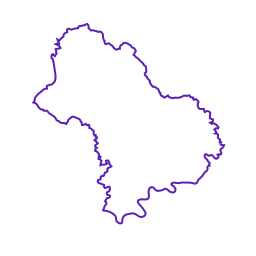 Capão Alto, Santa Catarina, Brazil, rotated 280°
{"feature_id": "56859067B63554103523917", "entity_name": "Capão Alto", "entity_type": "district", "adm_level": 2, "iso_a3": "BRA", "parent_name": "Brazil", "parent_adm1": "Santa Catarina", "projection": "natural_earth1", "projection_center": [-50.626, -28.064], "detail": "fine", "context": "isolated", "style": "outline", "palette": "violet", "viewbox_px": 256, "rotation_deg": 280, "n_neighbors": 0, "source": "geoboundaries", "source_scale": "gbopen_adm2", "svg_char_len": 5828}
<svg xmlns="http://www.w3.org/2000/svg" viewBox="0 0 256 256"><g transform="rotate(280 128 128)"><path d="M105.1,214.9L106.3,214.1L107.6,214.6L108.4,213.6L109.0,212.6L110.2,211.8L111.9,209.5L113.3,208.5L114.5,208.2L115.6,208.8L115.6,210.0L114.6,212.5L115.9,214.3L115.6,216.0L113.3,218.7L113.0,220.3L113.8,221.3L114.9,222.1L116.2,221.9L117.2,220.8L117.9,221.7L117.8,223.3L118.5,224.2L119.7,224.2L120.9,223.4L122.0,222.9L123.4,222.9L124.2,223.8L125.3,224.8L126.3,225.2L127.7,225.6L127.6,223.9L127.8,222.1L129.0,221.7L130.2,222.1L130.3,220.6L131.7,220.9L132.8,220.6L133.4,218.9L134.6,218.0L135.9,218.0L137.0,217.8L137.8,216.8L137.8,214.9L138.7,215.9L140.2,214.9L141.6,213.3L143.0,214.6L143.2,216.8L144.4,217.0L145.2,216.3L146.9,213.6L147.3,212.4L147.6,210.8L146.6,209.8L147.4,208.0L148.1,208.9L148.8,209.9L150.0,210.5L151.3,210.1L151.3,208.5L151.8,206.9L155.0,206.5L156.0,206.6L157.5,206.2L158.4,204.6L158.4,202.9L157.8,201.9L157.0,200.8L158.5,199.9L159.9,199.4L159.2,195.3L159.9,194.0L161.3,193.2L162.9,192.6L164.4,192.4L165.8,193.0L167.0,192.1L168.3,189.6L167.2,188.1L168.1,186.9L169.3,186.9L169.3,185.6L169.2,184.3L170.1,183.6L170.9,182.4L169.8,180.7L169.8,178.7L169.2,176.8L168.2,175.7L167.4,174.2L166.7,173.1L166.2,170.7L166.2,169.3L165.2,167.7L165.1,165.9L165.3,164.2L165.8,162.6L167.0,161.7L165.2,159.7L164.3,158.8L164.5,157.6L165.3,156.8L165.6,155.1L167.0,153.9L168.2,153.8L168.7,152.5L169.7,152.2L171.0,151.4L171.9,150.3L172.5,148.6L173.3,146.7L172.9,145.4L174.2,143.8L176.9,141.3L177.9,141.5L178.7,140.8L179.5,139.6L180.6,138.3L181.9,137.6L182.6,136.0L183.7,135.4L184.7,135.0L186.4,136.3L190.7,135.3L191.9,134.6L192.4,133.2L194.5,131.3L195.0,130.3L198.2,125.7L199.1,123.7L200.3,122.1L200.9,120.8L202.4,121.4L203.7,121.7L204.8,122.4L205.9,121.8L206.7,121.2L207.7,120.2L207.8,118.9L208.3,117.7L209.3,117.0L209.9,116.0L210.8,113.6L211.2,112.4L211.4,109.8L210.3,108.3L209.2,107.9L208.2,106.5L206.3,105.9L204.6,106.3L204.1,104.5L203.1,103.1L203.6,101.3L204.4,100.1L205.5,99.1L206.4,98.1L206.9,96.6L207.6,95.5L208.1,94.3L207.5,93.1L206.7,91.8L207.3,90.7L208.5,90.0L209.6,89.9L210.3,88.9L211.7,88.2L213.3,87.6L214.7,87.3L216.0,86.9L217.0,86.0L217.8,85.1L218.2,83.8L217.6,82.7L217.4,81.5L218.0,80.3L217.9,78.7L218.2,76.5L217.6,74.8L218.7,73.0L219.6,71.8L221.1,71.6L222.4,71.0L223.4,69.7L222.7,68.4L221.6,67.5L221.4,66.0L220.3,64.3L219.9,62.4L219.1,61.7L217.7,61.6L217.1,59.9L216.7,58.1L215.8,56.7L215.0,55.1L215.2,53.9L215.6,52.5L214.7,51.0L213.1,51.0L212.0,51.6L211.2,50.7L210.3,49.3L208.9,48.5L207.7,48.4L206.7,48.5L205.6,47.6L204.9,46.7L203.7,46.1L202.3,45.2L203.0,43.1L201.6,43.8L200.3,44.9L199.1,45.5L198.9,43.6L198.0,42.3L197.6,44.0L197.1,45.7L195.1,47.6L194.5,46.6L193.7,44.7L193.1,43.1L191.9,43.7L190.1,44.1L188.7,44.8L187.7,44.0L186.1,43.6L186.7,42.2L187.7,41.4L187.0,40.3L185.0,40.2L183.4,40.7L182.8,42.0L181.6,42.3L180.6,43.0L166.9,47.6L165.8,47.6L164.6,48.0L161.6,47.9L160.0,47.2L157.6,45.4L157.1,43.6L156.3,42.2L155.3,40.8L153.9,41.0L152.7,41.4L152.3,39.7L151.4,38.2L150.4,37.6L149.3,36.5L147.6,35.3L146.5,34.0L143.4,32.2L142.3,31.4L140.9,31.2L139.3,31.1L138.3,31.3L136.6,30.4L136.4,32.7L135.5,33.9L134.4,35.3L132.8,36.3L131.8,37.9L131.2,39.3L131.4,41.2L130.4,42.0L130.9,45.3L128.6,48.1L128.0,50.1L127.3,51.0L126.8,52.5L126.3,53.6L124.5,55.5L123.3,56.3L122.9,57.5L122.6,59.0L121.8,60.1L121.4,61.4L121.6,62.7L121.8,64.8L121.2,66.4L123.4,67.4L124.6,67.7L125.7,67.9L126.8,68.6L127.8,69.6L128.8,70.4L129.6,71.4L129.6,73.0L128.8,76.2L128.6,77.5L128.1,79.0L127.1,79.9L126.1,80.2L125.7,81.3L123.0,82.1L123.1,83.4L124.0,84.6L124.8,85.8L123.6,87.3L124.3,89.1L123.1,89.6L121.4,89.8L120.9,92.0L120.1,92.8L119.6,94.1L118.9,94.9L117.4,94.9L116.2,95.3L115.0,96.0L115.5,97.4L113.8,97.6L113.4,99.2L112.2,99.0L111.3,97.8L110.0,97.2L109.6,98.8L108.6,99.4L107.9,100.9L106.7,100.1L105.7,99.1L104.5,98.6L103.6,99.6L103.0,100.8L102.2,99.8L101.1,99.5L99.7,99.6L99.7,101.1L98.4,102.7L97.1,104.0L95.3,104.1L95.0,105.9L94.0,105.7L93.4,104.2L92.4,104.3L92.3,105.8L91.2,107.5L89.7,107.3L88.0,107.3L86.6,107.3L87.4,108.6L87.6,110.0L88.0,111.2L88.4,112.5L89.3,113.6L90.3,112.5L92.0,112.1L92.6,114.2L91.6,115.0L89.0,116.3L87.3,118.3L86.0,116.7L85.1,115.3L83.8,114.7L82.1,115.4L80.7,114.4L80.0,113.0L77.9,112.7L76.6,112.3L76.2,110.6L75.3,109.7L73.9,109.8L72.7,109.8L71.5,107.6L69.9,107.5L69.0,108.3L68.5,109.7L68.5,111.2L68.1,112.5L67.8,114.3L66.0,114.6L64.9,115.6L65.7,117.3L66.7,118.7L66.9,120.0L65.3,120.8L62.9,120.7L62.0,120.0L61.1,118.5L59.6,118.5L58.6,119.2L58.6,120.6L57.9,122.2L56.5,122.0L55.8,121.0L55.4,119.6L54.2,119.1L52.9,118.5L51.8,118.1L51.3,119.3L50.3,119.8L48.9,119.7L47.6,118.9L46.6,118.5L45.3,118.3L44.0,118.0L42.5,117.9L42.6,120.2L42.5,122.2L42.3,124.3L41.6,126.3L41.0,128.0L40.2,129.5L39.4,130.5L38.5,131.3L37.1,131.9L35.5,132.3L34.2,133.0L33.4,134.2L32.9,135.4L32.6,136.7L33.1,138.2L34.4,138.6L36.3,138.4L38.0,138.4L39.3,138.7L40.3,139.1L41.4,140.0L42.5,141.4L44.4,146.0L44.8,148.3L44.6,149.9L44.2,151.1L43.1,153.5L42.7,154.7L42.6,156.3L43.2,157.9L43.9,159.1L45.0,159.9L46.2,160.2L47.8,159.9L50.9,157.0L52.3,155.5L53.5,154.1L54.5,152.7L55.6,151.5L57.1,150.4L58.6,150.7L59.6,152.2L60.1,153.5L60.7,158.1L61.9,160.1L63.5,160.5L65.0,160.3L66.3,160.0L67.3,159.7L68.3,159.4L69.5,159.3L71.1,159.3L72.3,159.7L73.2,160.3L73.9,161.6L73.9,163.0L73.0,164.4L71.6,166.0L71.2,167.7L71.5,169.4L72.4,171.7L73.2,173.2L74.3,174.3L74.7,175.9L74.3,177.2L73.7,178.4L72.9,179.6L72.4,180.9L72.2,182.3L72.3,183.6L72.9,184.7L74.0,185.4L75.2,185.5L76.2,185.3L77.4,184.4L78.5,183.2L79.1,181.7L80.1,180.4L81.2,180.7L81.9,181.8L82.2,183.0L82.4,186.1L82.6,187.9L83.4,189.8L83.9,191.6L84.4,195.3L84.7,197.0L85.0,199.1L85.0,200.9L84.8,202.4L84.8,203.9L85.9,205.3L89.5,206.4L90.8,207.5L93.3,209.3L94.9,210.1L96.4,210.7L97.8,211.4L99.5,213.0L100.6,213.4L101.8,213.4L103.1,213.0L104.3,213.4L105.1,214.9Z" fill="none" stroke="#5b21b6" stroke-width="2"/></g></svg>